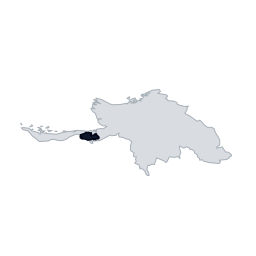 Kawkareik, Kayin, Myanmar shown in context, rotated 100°
{"feature_id": "60261553B42100651402541", "entity_name": "Kawkareik", "entity_type": "district", "adm_level": 2, "iso_a3": "MMR", "parent_name": "Myanmar", "parent_adm1": "Kayin", "projection": "natural_earth1", "projection_center": [98.169, 16.039], "detail": "fine", "context": "in_parent", "style": "filled", "palette": "ink", "viewbox_px": 256, "rotation_deg": 100, "n_neighbors": 0, "source": "geoboundaries", "source_scale": "gbopen_adm2", "svg_char_len": 6535}
<svg xmlns="http://www.w3.org/2000/svg" viewBox="0 0 256 256"><g transform="rotate(100 128 128)"><path d="M161.4,115.3L159.2,114.1L157.5,115.2L155.0,114.8L155.3,117.2L153.8,118.0L151.3,117.8L149.8,121.5L144.5,122.5L141.0,121.8L139.1,125.1L139.0,128.9L138.1,131.2L138.4,135.1L136.2,136.2L134.8,135.9L135.6,137.7L137.3,138.5L138.4,142.6L138.0,144.2L145.2,153.6L147.3,161.0L149.0,160.0L149.5,160.7L148.9,162.7L146.7,164.2L146.3,172.0L142.8,173.9L142.9,176.5L143.3,178.3L146.5,183.5L150.0,187.1L152.0,190.9L152.4,196.4L151.9,198.7L152.8,202.0L154.6,204.2L156.7,213.0L152.5,220.7L148.3,225.8L147.8,231.2L146.4,233.0L145.8,231.3L145.4,225.6L147.5,222.1L148.1,215.2L149.5,213.7L148.8,213.0L147.1,213.5L147.7,207.9L146.8,207.7L147.5,206.5L146.5,197.2L143.3,190.7L142.8,187.9L142.3,191.7L142.0,190.9L141.9,185.8L140.0,180.2L140.2,179.7L141.1,180.2L140.3,178.9L139.6,179.2L139.1,177.8L138.1,166.2L136.8,164.5L137.3,159.5L138.2,158.3L134.8,158.8L133.2,154.5L133.1,152.2L129.7,148.7L130.3,149.8L129.7,151.0L130.3,153.0L128.9,156.6L127.5,158.3L125.6,159.0L124.2,157.9L123.9,156.0L123.3,156.0L124.6,159.7L119.1,162.8L118.3,165.0L115.4,167.9L114.6,167.5L115.0,163.6L113.4,166.8L111.1,166.8L110.6,162.7L109.7,165.1L108.4,165.9L108.8,158.9L108.4,160.9L106.2,163.7L104.1,164.6L104.6,158.8L107.5,149.8L107.7,146.8L106.2,139.6L103.8,133.5L104.5,133.4L102.8,131.6L102.6,127.1L101.6,128.7L101.4,131.6L99.3,130.1L97.2,126.2L98.1,125.8L100.4,127.7L101.8,126.6L102.1,125.4L98.4,121.5L99.4,120.0L98.1,120.0L94.9,118.1L94.0,118.5L94.4,120.1L93.8,120.6L92.6,118.1L93.5,116.9L92.7,116.8L93.2,114.6L92.9,114.3L91.4,117.2L90.5,116.5L91.5,115.0L91.1,114.2L89.8,112.5L89.9,115.6L86.6,110.7L84.7,104.1L86.2,102.4L88.8,104.4L88.6,96.3L89.7,94.5L92.4,96.0L93.2,93.9L94.2,93.4L93.6,87.8L94.4,84.2L96.2,83.6L96.6,80.6L96.9,76.7L96.1,72.3L97.7,73.4L99.5,73.0L103.8,74.5L105.4,69.4L109.4,61.0L108.0,59.1L108.2,57.9L111.7,53.5L113.6,49.6L112.8,46.1L113.6,43.2L116.8,41.4L123.7,35.6L128.9,34.8L131.0,37.1L132.4,37.3L130.3,31.9L134.6,27.8L134.5,24.6L136.6,21.3L137.7,21.4L138.7,23.0L139.9,23.0L141.9,25.5L143.8,32.3L145.2,31.1L147.1,32.0L148.0,42.1L147.5,47.9L146.3,49.3L147.2,51.7L145.4,52.5L144.1,54.8L142.3,55.0L141.0,58.2L139.2,58.7L138.2,61.2L138.4,63.1L136.9,64.2L136.4,67.4L137.7,68.7L138.1,70.4L136.7,74.1L137.9,74.2L143.0,71.8L146.5,72.3L148.9,71.7L147.4,74.1L148.9,77.4L149.2,82.3L154.5,83.7L155.4,85.0L154.2,86.5L152.4,94.6L159.4,95.7L159.6,98.8L161.1,99.9L161.3,101.6L162.3,102.2L166.0,102.1L168.2,100.0L171.1,99.0L171.3,100.8L170.6,102.1L167.5,103.9L165.4,107.6L165.3,108.4L166.2,109.1L162.6,110.6L161.4,115.3ZM99.4,124.0L101.6,125.5L101.2,126.6L99.8,126.7L98.7,124.7L99.4,124.0ZM143.9,202.8L145.4,205.1L144.0,206.7L143.9,202.8ZM99.1,134.0L97.9,133.2L97.1,131.9L99.6,131.9L99.1,134.0ZM146.0,212.7L146.1,215.8L145.1,215.5L144.6,212.9L146.0,212.7ZM107.4,164.5L105.9,166.5L105.7,164.8L107.8,162.4L107.4,164.5ZM136.8,161.9L135.8,161.3L135.7,159.5L136.4,159.0L137.0,159.8L136.8,161.9ZM143.1,216.5L142.9,215.5L143.8,213.0L143.7,215.1L143.1,216.5ZM142.5,222.2L143.8,224.4L143.5,224.9L142.4,223.1L141.7,223.2L142.5,222.2ZM146.9,211.0L145.5,211.7L145.4,209.5L146.9,211.0ZM143.7,232.8L142.0,234.7L142.3,233.6L143.7,232.8ZM92.1,118.4L92.7,120.9L91.7,118.0L92.1,118.4ZM144.0,197.9L143.9,199.8L143.5,196.8L144.0,197.9ZM97.3,120.2L97.5,121.8L96.5,119.5L97.3,120.2ZM142.2,208.8L141.2,207.8L141.6,207.2L142.1,207.3L142.2,208.8ZM141.5,206.0L140.9,207.3L140.3,206.5L140.8,206.0L141.5,206.0ZM141.7,213.6L141.7,214.7L141.0,212.1L141.7,213.6ZM109.8,166.8L109.1,166.8L110.0,165.5L110.1,166.0L109.8,166.8ZM146.2,222.4L145.6,222.2L146.0,220.9L146.2,222.4Z" fill="#d9dde1" stroke="#a8b0b8" stroke-width="1"/><path d="M139.4,158.5L139.5,158.6L139.4,158.8L139.4,159.0L139.5,159.1L139.5,159.3L139.8,159.4L139.9,159.5L140.0,159.6L140.0,159.8L140.3,159.9L140.5,159.9L140.8,159.9L140.7,159.9L140.8,160.0L140.7,160.1L140.8,160.2L140.8,160.4L140.8,160.7L140.9,160.8L141.0,160.9L141.1,161.0L141.3,161.2L141.4,161.3L141.5,161.4L141.6,161.5L141.7,161.8L141.8,162.1L141.9,162.3L142.0,162.4L142.1,162.5L142.1,163.0L141.8,163.1L141.6,163.2L141.6,163.4L141.4,163.3L141.4,163.2L141.3,163.3L141.3,163.2L141.2,163.2L140.9,163.0L140.7,163.0L140.5,162.9L140.4,163.0L140.1,163.2L139.9,163.2L139.6,163.1L139.4,163.2L139.1,163.3L139.1,163.5L139.3,163.7L139.3,163.8L139.4,164.2L139.5,164.2L139.5,164.3L139.6,164.5L139.4,164.6L139.4,164.8L139.3,165.0L139.3,165.3L139.4,165.6L139.3,165.8L139.3,166.0L139.3,166.3L139.3,166.5L139.5,166.8L139.6,167.0L139.6,167.3L139.6,167.5L139.8,167.8L139.7,167.8L139.6,168.1L139.6,168.3L139.7,168.5L139.8,168.5L140.0,168.6L140.0,168.8L140.3,168.8L140.4,169.1L140.4,169.3L140.5,169.3L140.9,169.8L141.0,170.0L141.3,170.3L141.4,170.5L141.5,170.7L141.5,170.9L141.5,171.0L141.7,171.3L141.8,171.4L141.9,171.6L142.0,171.7L142.0,171.8L142.1,172.0L142.2,172.4L142.3,172.4L142.5,172.5L142.7,172.8L142.8,173.0L142.9,173.5L143.0,173.5L143.3,173.5L143.5,173.5L143.6,173.4L143.6,173.2L143.8,173.1L143.8,172.9L143.8,172.7L144.0,172.7L144.1,172.8L144.3,172.8L144.5,173.0L144.8,173.2L144.8,173.3L144.9,173.2L145.0,173.2L144.9,173.1L144.9,172.9L144.9,172.7L144.7,172.7L144.8,172.6L144.9,172.4L144.9,172.2L145.0,172.0L145.3,172.0L145.6,171.8L145.6,171.7L145.7,171.8L145.8,171.8L146.1,171.9L146.1,172.0L146.2,172.3L146.3,172.4L146.6,171.8L146.6,170.8L146.5,170.3L146.3,169.3L146.4,168.9L146.3,168.5L146.2,168.4L146.4,167.4L146.7,166.7L146.8,166.2L146.7,166.2L146.6,165.8L146.6,165.6L146.7,165.4L146.8,165.2L146.8,164.9L146.7,164.7L146.4,164.4L146.3,164.2L146.2,164.2L146.2,163.9L146.2,163.7L146.3,163.5L146.3,163.4L146.2,163.1L146.2,162.8L146.0,162.7L145.9,162.6L145.9,162.3L145.8,162.2L145.7,162.2L145.4,162.0L145.4,161.9L145.3,161.7L145.3,161.4L145.3,161.2L145.2,161.1L145.1,160.9L145.1,160.7L145.1,160.4L145.1,160.2L145.0,159.9L145.3,159.7L145.2,159.6L145.2,159.4L145.1,159.1L145.1,158.9L145.1,158.7L145.1,158.4L145.0,158.5L144.9,158.4L144.9,158.2L144.7,158.0L144.5,157.9L144.4,158.0L144.4,157.8L144.4,157.6L144.2,157.4L144.0,157.2L144.0,156.9L143.9,156.8L143.8,156.7L143.7,156.4L143.8,156.2L143.7,156.2L143.5,155.9L143.7,155.7L143.7,155.4L143.5,155.1L143.4,155.1L143.2,155.0L142.9,154.9L142.9,155.0L142.7,155.2L142.6,155.3L142.3,155.4L142.2,155.4L141.9,155.4L141.8,155.6L141.7,155.5L141.5,155.8L141.4,156.0L141.4,156.3L141.1,156.4L141.1,156.5L141.0,156.8L140.9,156.8L140.9,157.0L140.8,157.3L140.9,157.6L141.0,157.8L140.9,157.9L140.8,158.1L140.6,158.1L140.4,158.0L140.3,157.9L140.1,157.6L139.5,157.9L139.4,158.0L139.3,158.3L139.4,158.5Z" fill="#0f172a" stroke="#020617" stroke-width="1.5"/></g></svg>